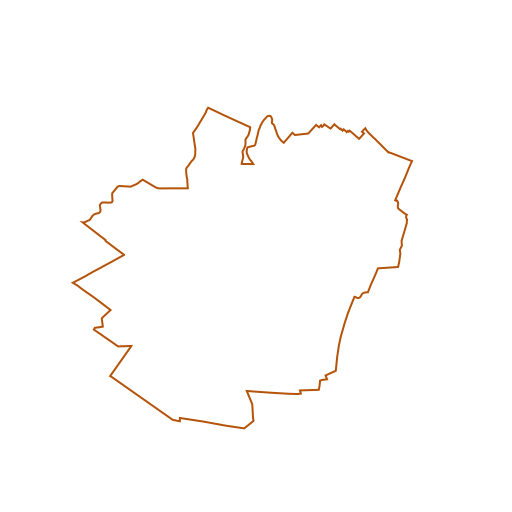 outline of Oarja, Arges, Romania, rotated 68°
{"feature_id": "2599482B29639056489125", "entity_name": "Oarja", "entity_type": "district", "adm_level": 2, "iso_a3": "ROU", "parent_name": "Romania", "parent_adm1": "Arges", "projection": "orthographic", "projection_center": [24.954, 44.771], "detail": "fine", "context": "isolated", "style": "outline", "palette": "amber", "viewbox_px": 512, "rotation_deg": 68, "n_neighbors": 0, "source": "geoboundaries", "source_scale": "gbopen_adm2", "svg_char_len": 5467}
<svg xmlns="http://www.w3.org/2000/svg" viewBox="0 0 512 512"><g transform="rotate(68 256 256)"><path d="M312.7,436.2L314.4,434.9L324.3,428.5L344.1,415.7L365.6,401.8L375.6,395.3L376.7,394.6L380.7,388.6L377.7,387.2L380.8,382.0L389.4,367.5L402.1,347.4L411.4,331.5L408.0,320.1L405.0,319.4L392.1,315.0L377.7,315.1L382.3,305.8L389.6,290.8L395.7,277.9L399.6,269.1L400.4,266.0L397.1,265.6L403.6,247.9L400.5,245.9L395.6,243.3L395.7,241.1L396.9,236.3L392.8,236.2L392.3,225.0L389.6,223.6L380.1,218.6L369.9,212.6L362.5,207.6L351.4,198.9L343.8,192.5L340.6,189.5L333.4,182.6L330.8,180.1L330.7,179.8L331.6,178.9L332.6,178.0L333.1,177.3L333.4,176.3L333.3,175.2L332.8,174.2L330.9,171.9L330.5,170.1L330.8,167.9L331.6,165.9L325.2,159.8L320.9,155.3L316.6,150.9L313.1,147.6L313.3,147.0L314.8,142.5L318.0,132.7L318.7,130.6L319.4,128.4L318.7,127.9L318.3,127.6L314.6,125.1L307.9,121.3L306.4,120.9L304.2,120.4L302.6,118.6L301.0,116.8L299.6,116.4L296.6,115.4L293.0,112.6L288.3,108.8L284.2,105.6L283.8,105.3L283.4,105.0L282.6,104.3L282.1,103.9L281.5,103.7L280.7,103.4L280.1,103.1L279.6,102.6L279.2,102.4L278.3,102.3L277.0,102.5L276.3,102.3L275.6,101.9L274.9,101.5L274.3,100.7L273.4,101.5L270.6,103.3L267.6,105.0L266.6,105.6L264.9,106.4L263.8,106.1L262.6,105.8L261.6,105.1L260.6,104.5L259.8,104.3L258.9,104.3L258.1,104.3L257.6,104.4L257.4,104.8L257.4,105.2L256.5,106.1L246.4,96.0L238.6,87.9L232.0,81.6L226.4,75.8L225.9,76.4L209.8,93.7L210.1,93.8L210.0,94.0L209.4,94.5L208.4,94.9L201.1,98.0L200.9,98.0L198.9,98.9L198.4,99.1L195.5,100.4L193.0,101.4L190.8,102.4L190.3,102.8L188.9,103.3L186.6,104.3L185.1,105.0L183.6,105.6L181.7,106.3L180.6,106.5L178.5,106.8L178.7,107.2L178.8,107.4L179.3,108.8L179.9,110.0L180.5,111.2L182.8,109.9L183.6,111.6L184.4,113.2L186.0,116.5L183.7,117.7L182.8,118.2L178.1,120.5L175.9,121.7L174.9,122.2L175.5,123.4L174.7,123.8L174.4,124.0L175.1,125.5L174.8,125.6L171.4,127.3L172.1,128.7L171.9,128.7L169.7,129.9L170.0,130.5L166.9,132.1L164.0,133.7L163.2,134.0L164.3,136.1L164.5,136.6L165.1,137.7L165.8,139.1L159.5,143.4L160.6,144.9L161.0,146.5L159.1,146.7L160.3,149.3L157.0,151.2L162.0,161.7L158.4,174.6L156.9,175.3L155.4,176.1L158.5,182.2L161.4,187.8L160.9,188.1L160.5,188.4L158.4,189.4L155.8,190.2L153.6,190.6L150.8,190.8L148.7,190.6L146.6,190.5L145.6,190.5L143.5,190.3L141.8,190.2L141.3,190.3L140.7,190.5L139.8,191.0L139.1,191.4L138.4,191.4L137.8,191.1L137.2,190.8L136.5,190.3L135.7,189.9L134.6,189.8L134.1,189.8L133.7,189.8L132.8,189.8L132.4,189.8L132.1,190.0L131.6,190.3L130.9,191.3L130.7,192.4L130.8,193.3L132.9,197.8L134.1,199.7L135.5,201.4L135.7,201.6L136.2,202.3L136.5,202.6L136.7,202.9L138.5,204.5L139.7,205.7L140.6,206.6L141.3,207.0L142.7,208.1L144.0,208.9L145.4,209.9L147.3,211.4L148.9,212.4L150.1,213.3L151.4,214.2L151.9,214.6L152.5,215.0L152.8,215.5L153.0,216.0L153.1,216.6L152.8,217.5L152.5,219.3L152.1,223.3L153.1,224.0L154.2,224.7L155.6,225.6L157.5,226.0L158.7,226.0L160.0,225.9L162.1,225.9L164.8,225.4L166.1,224.8L169.7,224.1L168.8,226.4L167.9,228.5L166.9,231.0L165.8,233.6L165.3,234.8L164.6,234.5L163.3,233.5L162.4,232.9L161.6,232.4L160.7,231.5L160.2,231.2L159.7,230.9L158.8,230.6L157.6,230.3L156.4,230.0L155.6,229.8L154.7,229.6L154.0,229.2L153.4,228.6L153.2,228.3L153.0,227.9L152.6,227.4L152.0,226.9L151.4,226.3L150.8,225.7L149.9,224.8L148.4,223.9L147.6,223.5L146.7,223.1L145.2,222.6L144.4,222.4L143.3,221.2L142.5,219.7L141.2,217.9L140.3,217.0L139.4,216.5L137.7,215.0L134.8,213.3L134.7,213.2L134.4,213.1L133.5,214.0L132.1,215.4L131.2,216.2L129.3,218.0L128.2,219.0L125.5,221.6L124.8,222.3L121.4,225.5L116.4,230.2L112.8,233.6L100.6,244.8L100.9,245.3L102.2,247.0L103.3,248.2L103.7,248.3L105.9,251.0L109.2,255.4L110.9,257.7L111.7,258.7L114.7,262.7L116.5,265.6L118.4,268.4L123.3,269.5L125.5,270.1L129.4,271.0L132.4,271.7L133.8,272.0L139.6,274.6L140.8,275.5L141.6,276.2L142.7,277.6L143.1,278.1L143.6,279.5L144.0,280.2L145.1,282.2L146.6,284.3L147.1,285.0L147.6,286.2L148.1,287.1L148.8,287.8L149.6,288.4L151.9,289.3L156.2,290.5L159.4,291.1L159.7,291.2L160.0,291.2L160.5,291.6L162.0,292.1L162.5,292.2L162.8,292.2L163.2,292.4L164.6,292.9L165.5,293.2L167.1,293.7L167.7,293.9L164.2,302.6L160.7,311.3L157.2,320.1L156.8,320.9L156.3,321.7L154.6,323.5L153.1,324.6L151.7,325.7L148.1,328.4L144.6,331.1L142.8,332.4L142.9,332.7L143.1,333.9L143.4,335.5L144.2,337.8L144.6,340.1L144.7,344.9L144.8,346.1L139.9,356.5L139.9,358.5L140.1,358.9L140.4,359.3L141.6,361.5L142.7,363.5L143.6,365.2L143.8,365.6L144.1,365.9L145.0,366.3L147.5,367.2L150.0,368.0L151.3,368.4L151.8,369.0L152.2,369.6L152.0,370.9L151.3,372.7L150.2,375.1L149.3,377.1L148.8,378.4L149.0,379.6L149.6,380.8L150.3,381.7L151.1,382.0L152.9,382.4L154.8,382.8L155.7,383.2L156.6,383.9L157.1,384.8L157.2,385.4L157.3,386.0L156.9,387.7L156.8,388.9L156.8,390.2L156.9,390.9L157.1,391.5L157.7,392.9L158.9,394.6L159.9,396.0L160.3,397.0L160.3,397.9L160.3,398.8L160.4,399.7L160.4,400.5L160.4,402.3L160.1,403.7L159.9,404.1L163.8,401.9L177.3,394.0L179.4,392.8L184.7,389.6L185.6,389.9L191.6,386.3L197.6,382.7L205.4,377.9L205.6,378.0L205.8,380.0L207.7,395.6L208.1,399.2L208.2,400.2L208.2,400.6L208.3,401.2L208.3,401.4L208.9,405.7L209.0,407.4L209.1,408.4L209.2,409.3L209.3,410.3L209.4,411.0L209.5,412.2L209.6,413.1L210.0,415.6L210.1,416.9L210.6,420.5L210.9,422.2L210.9,422.4L211.2,425.4L212.2,435.9L216.8,432.4L219.3,431.0L221.8,429.5L233.8,421.7L251.6,411.1L255.5,421.2L256.2,422.4L264.1,424.5L263.4,427.8L262.2,432.3L263.5,433.9L288.2,417.7L292.7,405.3L292.9,405.5L312.7,436.2Z" fill="none" stroke="#b45309" stroke-width="2"/></g></svg>